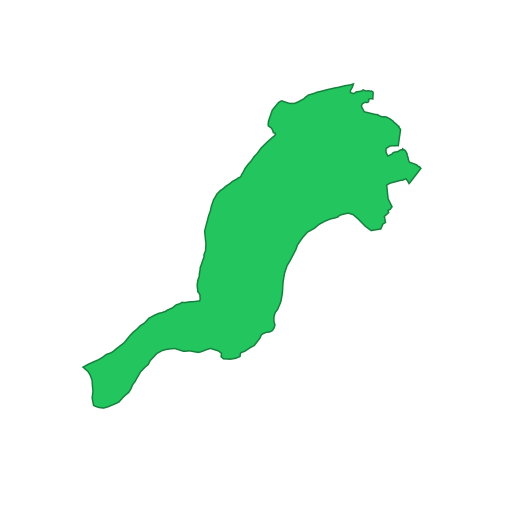 Abnub, Asyut, Egypt, rotated 289°
{"feature_id": "37247803B63981628133809", "entity_name": "Abnub", "entity_type": "district", "adm_level": 2, "iso_a3": "EGY", "parent_name": "Egypt", "parent_adm1": "Asyut", "projection": "natural_earth1", "projection_center": [31.107, 27.295], "detail": "fine", "context": "isolated", "style": "filled", "palette": "green", "viewbox_px": 512, "rotation_deg": 289, "n_neighbors": 0, "source": "geoboundaries", "source_scale": "gbopen_adm2", "svg_char_len": 4191}
<svg xmlns="http://www.w3.org/2000/svg" viewBox="0 0 512 512"><g transform="rotate(289 256 256)"><path d="M450.4,292.1L448.5,289.5L446.1,284.9L442.0,278.5L440.2,275.2L439.0,273.3L436.6,269.4L433.1,264.2L430.7,260.3L428.9,258.3L427.1,255.8L425.3,253.2L422.4,251.2L420.0,249.9L415.8,246.0L412.8,242.8L411.1,237.6L411.1,233.7L411.1,229.8L409.3,227.9L408.1,227.2L402.8,225.2L399.2,223.9L396.8,223.9L393.2,223.9L390.2,223.9L387.9,223.9L384.9,224.5L383.1,225.2L381.9,229.0L380.1,231.0L378.3,232.2L378.3,234.2L377.1,234.8L376.4,234.6L375.3,234.2L373.5,232.9L367.6,229.6L359.8,225.7L353.3,223.7L349.1,221.8L344.3,220.5L339.6,218.5L335.4,217.2L330.6,216.5L328.2,215.9L325.9,215.8L325.2,215.1L324.1,213.9L322.3,212.6L318.7,209.3L316.3,208.0L312.2,204.8L308.6,202.8L306.2,200.9L302.0,198.9L298.5,198.3L295.5,197.6L291.3,197.6L288.3,197.6L283.6,198.2L279.3,198.1L278.8,198.1L262.9,199.3L255.0,202.9L251.0,204.8L244.3,206.6L242.9,206.5L240.6,206.4L240.0,206.4L239.4,206.8L238.8,207.1L236.8,207.1L233.4,207.1L229.3,207.1L226.9,207.0L226.1,207.3L224.5,207.7L220.3,208.3L218.5,209.0L216.7,208.9L214.3,208.9L210.2,209.6L208.4,210.2L203.0,212.8L203.0,213.4L200.6,216.0L200.0,216.0L198.0,216.9L197.0,217.3L195.2,217.3L192.9,212.7L191.1,208.2L188.7,203.7L188.1,201.1L186.3,199.8L183.9,196.5L179.8,193.9L175.6,189.4L174.4,188.7L171.4,184.9L170.3,182.9L166.7,179.0L163.7,176.4L162.5,175.1L156.5,172.5L152.4,169.3L148.2,167.3L144.0,164.7L139.9,162.8L136.3,161.5L130.9,159.5L127.9,157.5L122.0,153.6L119.6,152.3L117.2,150.4L114.2,146.5L111.3,144.6L109.5,143.3L108.0,142.0L106.5,140.7L102.3,136.1L99.3,132.9L94.6,128.6L92.1,134.7L89.5,137.9L85.1,141.5L80.0,143.6L74.8,146.0L68.6,147.2L61.8,151.1L61.6,153.6L61.6,154.6L61.6,155.1L61.7,157.2L62.6,161.4L65.1,165.0L70.0,170.5L73.1,173.8L78.8,176.2L81.7,177.7L85.7,180.1L90.3,181.1L93.2,181.1L94.9,181.5L98.2,182.6L101.0,183.0L109.1,184.6L115.0,187.4L118.3,189.4L122.7,190.0L131.7,194.1L136.1,198.1L138.5,201.7L140.4,205.4L142.1,209.4L142.2,212.8L142.2,215.2L142.3,218.6L144.8,224.4L145.5,229.6L146.2,233.2L147.7,235.4L151.7,240.2L153.8,243.1L153.9,247.8L154.0,251.4L152.8,255.0L149.4,255.8L148.2,258.7L150.1,265.4L151.1,267.2L152.6,270.0L155.8,273.6L158.6,273.0L159.8,273.3L162.3,276.4L167.5,280.4L170.9,283.5L175.0,284.9L179.8,286.5L183.2,286.7L185.0,288.1L187.0,290.3L188.7,293.7L190.9,295.8L193.7,296.5L197.0,296.4L199.5,294.5L202.8,293.2L205.1,292.7L207.1,292.6L208.7,292.6L212.5,293.8L217.7,294.2L221.5,294.3L229.6,293.0L240.0,290.1L248.9,288.6L256.9,288.5L262.9,289.8L275.0,291.6L279.8,291.6L288.4,294.0L292.1,295.5L295.2,296.8L301.2,302.2L306.1,305.1L306.3,305.2L306.4,305.3L311.3,309.8L315.1,314.1L317.6,318.1L319.5,320.7L320.3,321.1L320.5,321.2L321.7,321.8L324.2,325.3L326.6,329.3L326.7,334.5L324.4,340.3L319.7,349.7L317.6,356.4L317.5,356.6L318.1,357.6L318.3,358.1L318.7,358.8L319.0,359.3L322.2,365.2L326.6,365.5L327.5,365.6L328.9,366.7L329.4,367.1L329.9,367.5L331.1,366.8L333.3,365.6L335.2,364.5L340.3,367.3L342.1,366.0L343.9,367.7L345.9,368.3L346.8,368.6L352.4,363.0L353.2,362.2L365.5,356.5L367.1,357.7L368.9,359.6L373.7,366.8L374.2,367.4L375.7,370.3L376.7,371.3L377.8,372.5L376.3,375.0L374.3,377.2L374.8,377.4L392.5,383.4L393.2,382.2L393.5,381.7L393.7,381.2L393.4,380.4L394.4,378.5L394.6,375.8L394.6,370.7L395.8,369.4L398.8,367.5L401.2,365.6L401.8,365.6L404.2,363.0L405.0,360.0L404.2,360.4L403.6,358.5L402.4,357.2L401.2,356.5L400.0,354.6L399.4,353.3L398.2,352.0L396.5,351.3L394.7,349.4L393.5,348.1L394.1,347.4L395.3,346.2L395.9,345.5L397.1,344.9L398.9,344.2L400.1,344.2L401.2,344.9L403.6,346.8L404.8,349.4L405.4,351.4L406.0,352.7L406.6,354.6L412.7,353.4L422.7,351.5L424.5,348.9L425.1,348.9L425.1,348.2L426.9,344.4L426.9,343.7L428.1,341.8L429.3,337.9L429.9,334.0L429.3,331.4L428.7,330.8L428.7,326.9L429.3,325.0L428.7,323.0L427.6,311.4L428.8,310.1L431.2,307.5L431.8,306.9L434.1,306.9L435.3,307.5L437.1,309.5L437.1,310.8L438.3,312.1L439.5,312.1L440.7,311.4L441.3,312.1L441.9,312.7L442.5,314.7L442.5,315.3L446.8,314.1L449.0,313.4L449.6,311.5L449.0,310.8L449.0,308.9L447.8,306.3L447.9,303.1L446.7,302.4L446.1,301.8L443.7,297.2L442.5,296.6L441.3,295.3L441.3,292.0L443.1,291.4L446.7,292.1L450.4,292.1Z" fill="#22c55e" stroke="#15803d" stroke-width="1.5"/></g></svg>